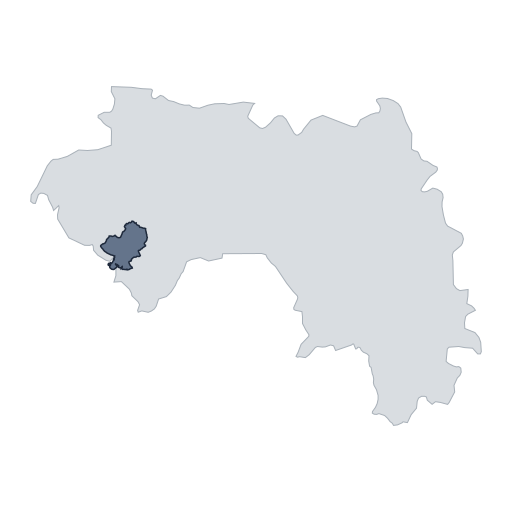 Dubreka, Dubréka, Guinea shown in context
{"feature_id": "49546643B20116898332008", "entity_name": "Dubreka", "entity_type": "district", "adm_level": 2, "iso_a3": "GIN", "parent_name": "Guinea", "parent_adm1": "Dubréka", "projection": "mercator", "projection_center": [-13.536, 10.125], "detail": "fine", "context": "in_parent", "style": "filled", "palette": "slate", "viewbox_px": 512, "rotation_deg": 0, "n_neighbors": 0, "source": "geoboundaries", "source_scale": "gbopen_adm2", "svg_char_len": 6639}
<svg xmlns="http://www.w3.org/2000/svg" viewBox="0 0 512 512"><path d="M322.2,347.1L317.5,346.5L315.4,347.4L309.2,354.7L305.4,357.6L299.6,356.7L297.5,357.2L296.0,356.4L298.1,352.3L301.1,344.3L308.8,336.3L308.9,334.6L305.8,329.9L302.5,323.5L302.5,316.6L301.9,311.6L295.1,310.2L293.9,309.4L293.7,307.7L297.5,299.1L297.8,297.4L297.3,295.8L293.1,291.4L286.7,283.3L275.5,266.5L271.3,263.0L267.3,257.9L265.8,254.7L261.7,253.5L222.7,253.7L222.0,258.1L208.6,261.0L200.3,257.6L191.1,259.6L186.6,261.8L183.1,271.6L181.2,273.7L179.2,278.1L177.4,280.5L175.4,285.3L171.0,292.1L166.4,296.6L158.6,299.0L156.2,306.2L154.4,308.9L151.4,311.0L148.2,312.3L141.8,310.9L138.2,312.2L137.6,310.4L139.6,304.7L138.0,301.7L131.9,295.8L131.3,292.9L129.4,289.2L121.4,281.6L113.9,282.1L115.9,275.7L115.9,267.2L113.3,262.5L113.9,257.8L112.6,258.1L110.0,261.3L106.0,260.3L97.8,255.2L93.6,250.3L93.2,246.1L92.2,244.5L89.7,245.4L84.6,245.3L68.9,237.9L57.7,219.1L57.5,214.9L59.1,207.6L58.7,205.6L53.6,210.5L52.6,207.2L48.7,199.7L47.5,195.4L43.8,193.4L40.8,193.1L38.4,194.5L35.4,203.4L33.1,203.3L30.7,201.4L31.2,194.8L37.2,186.6L47.3,165.8L51.0,161.1L53.2,159.4L58.0,159.2L67.3,156.4L78.7,150.0L87.5,150.5L97.8,149.7L111.3,145.2L111.5,131.2L111.0,128.1L106.2,125.3L103.4,122.9L101.0,119.8L98.1,117.6L98.2,115.3L104.2,112.3L109.7,112.3L111.5,111.2L112.8,109.2L114.4,104.1L114.9,98.8L111.3,91.6L111.5,86.6L131.3,87.3L142.2,88.7L151.1,89.1L152.5,90.2L151.2,95.2L152.4,98.1L155.4,98.8L160.4,95.4L163.0,96.2L168.5,100.5L173.7,101.6L179.3,103.9L184.6,105.2L189.3,105.1L192.9,107.5L199.5,108.2L208.0,105.2L214.7,103.8L224.1,103.5L229.0,104.5L243.3,102.1L254.6,103.4L252.8,105.1L247.7,116.3L248.3,118.3L259.7,127.8L262.5,128.5L265.6,127.2L270.5,122.8L274.4,118.0L278.1,115.8L282.5,115.9L286.0,119.2L294.1,133.3L296.2,135.1L298.1,135.0L301.7,132.4L303.5,129.3L311.0,120.1L322.7,115.4L350.5,126.1L354.6,126.9L357.0,126.1L360.4,119.8L370.9,114.4L375.9,112.9L378.8,112.8L379.9,111.0L380.4,108.5L379.8,105.8L376.6,101.1L376.5,99.7L378.3,98.7L382.3,98.1L387.5,98.5L393.3,100.6L398.0,103.6L400.7,107.1L405.9,121.9L411.8,133.6L411.5,149.1L414.1,150.7L417.0,151.4L418.3,152.6L421.1,159.0L423.8,160.9L427.0,161.3L433.0,165.4L436.9,167.0L437.4,168.3L437.3,170.0L435.8,172.1L430.0,176.4L427.1,180.1L421.2,188.9L421.0,190.5L422.3,191.7L424.7,191.9L427.3,191.3L432.8,188.1L437.1,189.2L441.2,191.7L442.7,194.2L443.1,197.6L442.1,201.9L442.0,206.7L443.4,214.9L445.5,223.1L447.6,226.1L461.3,233.3L462.7,236.0L463.4,239.0L462.4,243.2L461.0,245.5L453.4,251.9L452.3,255.0L452.9,260.6L453.4,284.6L456.4,288.6L459.9,290.6L468.1,289.5L467.9,296.2L466.8,303.6L471.6,305.9L474.0,308.2L475.4,310.3L467.8,314.2L465.6,316.5L464.5,322.7L464.8,328.5L475.0,332.6L478.9,337.4L480.7,342.3L481.3,351.7L480.4,353.9L477.7,353.9L472.6,348.2L464.7,347.6L458.8,346.5L449.0,347.2L447.3,348.9L446.1,361.4L448.5,363.5L453.2,365.9L456.3,366.9L458.8,366.6L460.8,368.1L461.2,372.2L459.9,375.3L457.3,378.0L454.0,385.3L454.7,391.9L449.2,402.4L447.6,404.4L440.3,402.4L435.5,401.7L432.1,404.3L427.3,400.2L426.4,397.0L424.7,396.3L421.5,396.3L418.5,398.1L417.2,401.4L416.5,408.2L411.2,414.6L407.4,422.6L403.0,421.8L402.1,422.8L397.5,424.9L393.5,425.4L392.4,423.3L390.1,421.6L387.5,418.2L384.6,415.5L378.9,413.6L376.7,414.4L374.1,414.2L372.3,413.1L372.5,411.5L375.5,407.3L377.2,403.5L378.1,399.3L378.1,395.4L376.5,389.8L374.0,385.3L373.4,382.7L373.7,379.1L373.1,375.7L372.3,373.9L371.1,367.4L369.6,366.2L368.7,361.0L369.0,355.7L366.8,353.7L363.4,352.2L361.3,350.2L360.1,347.8L358.8,347.2L357.8,347.3L356.8,348.7L355.7,349.0L353.7,344.1L352.9,343.9L351.5,345.0L335.6,350.5L333.6,345.8L330.5,345.0L325.3,346.9L322.2,347.1Z" fill="#d9dde1" stroke="#a8b0b8" stroke-width="1"/><path d="M114.3,257.1L114.5,257.3L114.2,257.5L114.3,259.4L113.8,260.3L113.2,260.8L112.6,262.0L112.1,262.8L110.9,263.7L110.6,264.3L110.3,264.7L110.2,265.0L110.4,265.3L109.9,266.0L109.7,266.6L109.7,267.0L109.8,267.4L110.0,267.8L111.0,268.7L111.4,269.1L112.1,269.3L113.4,269.5L114.0,269.4L115.1,268.4L115.4,268.3L116.0,267.7L116.4,267.5L116.6,267.2L117.0,266.2L116.7,265.6L116.1,265.1L115.5,264.3L115.6,263.9L116.0,264.0L116.1,264.4L116.3,264.6L116.7,264.9L117.1,264.9L117.9,264.3L117.6,264.8L117.5,265.4L117.6,265.7L118.6,265.7L118.7,265.8L118.7,266.0L118.4,266.0L118.1,266.3L118.0,266.5L118.3,267.1L118.5,267.3L119.7,267.8L121.0,267.7L121.4,267.5L121.3,267.9L121.5,267.7L121.9,267.1L121.9,266.8L122.2,266.5L122.3,266.7L122.1,267.6L121.6,268.4L121.7,268.8L122.6,269.4L123.3,269.3L125.5,269.6L126.9,269.2L127.1,269.9L128.8,269.6L129.8,269.1L130.0,268.8L131.2,268.4L132.3,268.1L132.1,267.2L130.4,265.7L129.2,263.4L128.9,262.4L129.1,261.6L130.7,261.1L130.8,260.9L131.0,261.0L131.3,260.5L131.3,260.2L131.6,259.6L131.4,259.3L131.8,258.8L133.8,257.2L136.0,257.1L136.9,256.3L139.0,256.5L139.4,256.3L139.6,256.3L140.3,255.6L139.7,254.1L138.9,252.5L138.3,250.9L138.7,250.4L140.0,250.2L140.4,249.8L140.7,249.3L141.5,248.8L142.0,248.7L142.5,247.9L145.5,246.0L145.5,245.2L144.9,244.9L144.4,244.1L144.3,243.4L144.8,242.4L145.3,242.1L146.0,241.3L146.8,239.9L146.9,238.7L147.2,237.9L147.3,237.3L147.1,237.0L146.8,236.0L146.8,234.7L146.4,233.7L146.1,231.8L145.8,231.0L145.5,229.0L145.6,228.6L144.9,228.3L144.4,228.2L144.1,228.3L143.1,228.1L141.6,227.5L139.9,227.1L139.7,227.2L139.3,226.5L139.1,225.7L138.7,225.4L138.1,225.4L136.8,224.7L136.1,223.6L136.1,222.9L135.2,223.2L134.8,223.1L134.6,222.7L134.3,222.6L133.9,221.9L133.6,221.5L132.7,221.4L132.5,221.2L131.9,221.2L131.6,221.8L131.4,222.2L131.0,222.5L130.7,222.7L130.5,222.8L129.7,222.4L129.1,222.5L128.9,222.6L128.5,223.1L128.0,223.5L127.9,223.7L127.6,223.7L127.4,223.8L127.1,223.6L126.8,223.5L126.7,223.5L126.0,224.1L125.7,224.6L125.7,225.2L125.0,225.2L124.4,226.7L125.1,227.7L125.6,228.3L125.6,228.7L125.4,228.9L125.4,229.5L124.2,231.0L123.7,231.5L123.0,231.7L122.5,232.3L122.3,233.0L122.0,234.0L120.5,237.3L119.8,237.6L118.9,237.7L117.9,237.6L116.8,237.0L116.1,236.2L115.5,236.0L115.0,235.3L113.8,236.1L112.1,236.5L111.4,236.1L110.7,236.0L109.8,236.0L109.2,236.0L109.0,237.0L107.2,239.0L106.6,239.4L106.3,240.9L105.1,243.0L103.3,243.9L102.9,243.8L101.0,245.2L100.7,245.6L100.7,246.5L101.0,246.9L101.8,248.0L102.9,249.1L103.3,249.8L104.6,251.3L106.2,252.3L107.0,253.0L110.2,254.5L110.9,254.9L111.6,255.0L112.0,255.1L113.3,255.5L113.7,255.9L113.8,255.9L114.1,255.8L114.7,256.0L114.3,257.1ZM109.3,264.2L109.5,264.0L110.0,263.5L110.2,263.4L111.3,262.7L110.4,262.8L109.6,263.3L108.9,263.3L108.5,263.5L108.2,264.3L108.1,264.8L108.5,265.4L109.0,265.4L109.3,264.2ZM113.6,259.9L114.0,259.4L114.1,259.1L114.0,258.2L113.5,259.2L113.6,259.4L113.4,259.7L113.5,260.0L113.6,259.9Z" fill="#64748b" stroke="#1e293b" stroke-width="1.5"/></svg>